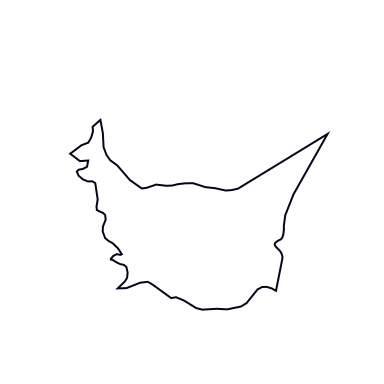 map outline of Al Qalyubiyah (Mercator projection), rotated 302°
{"feature_id": "EGY-1534", "entity_name": "Al Qalyubiyah", "entity_type": "Governorate", "adm_level": 1, "iso_a3": "EGY", "parent_name": "Egypt", "parent_adm1": "", "projection": "mercator", "projection_center": [31.238, 30.352], "detail": "fine", "context": "isolated", "style": "outline", "palette": "ink", "viewbox_px": 384, "rotation_deg": 302, "n_neighbors": 0, "source": "natural_earth", "source_scale": "10m", "svg_char_len": 1385}
<svg xmlns="http://www.w3.org/2000/svg" viewBox="0 0 384 384"><g transform="rotate(302 192 192)"><path d="M313.1,276.2L243.9,279.3L221.7,283.4L211.8,287.9L209.0,289.8L203.7,292.2L200.9,292.7L198.9,292.5L197.2,291.3L194.3,289.9L192.6,289.6L191.2,290.0L190.5,290.9L189.9,292.4L189.0,296.6L188.2,298.8L187.3,300.5L186.2,301.8L185.1,302.9L183.5,303.9L152.7,315.6L152.5,310.8L151.2,305.8L148.6,301.8L144.1,299.2L126.5,297.1L120.7,294.1L111.1,284.0L106.2,275.1L97.7,263.1L95.8,257.1L95.7,242.5L94.3,234.2L91.0,230.6L92.6,207.4L92.4,202.1L87.6,196.1L75.8,187.4L70.9,180.1L80.8,182.5L84.9,182.4L89.6,180.1L93.7,176.0L94.1,172.8L92.9,169.7L92.4,166.2L92.3,160.2L91.3,158.3L91.7,158.6L95.8,159.0L99.4,161.1L100.8,164.7L102.1,165.4L105.0,159.0L106.5,152.0L106.3,147.0L106.9,142.7L111.1,137.3L115.4,134.8L122.9,133.4L126.5,130.5L127.1,127.6L126.5,124.0L126.3,120.8L128.2,119.5L128.7,118.9L135.8,115.9L148.3,105.2L148.3,101.9L145.8,98.1L144.9,92.7L145.7,87.3L148.3,83.5L150.9,84.1L153.8,87.3L157.8,89.6L163.7,87.3L158.8,80.6L159.9,68.4L173.1,73.5L178.9,77.9L185.0,77.6L190.9,75.9L194.7,73.2L204.6,76.1L194.7,85.2L183.1,93.3L178.1,99.9L175.6,105.8L174.9,114.7L169.2,133.1L168.4,147.6L171.6,151.4L179.3,157.7L183.7,167.0L187.0,171.8L191.2,175.9L195.6,181.4L200.0,188.2L203.3,201.0L207.4,209.4L211.2,220.0L214.9,224.9L219.3,229.3L313.1,276.2Z" fill="none" stroke="#020617" stroke-width="2"/></g></svg>